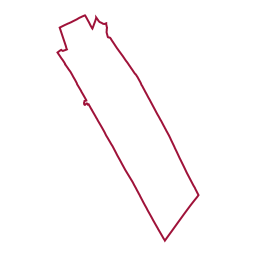 outline of Ulmeni, Buzau, Romania
{"feature_id": "2599482B910434267190", "entity_name": "Ulmeni", "entity_type": "district", "adm_level": 2, "iso_a3": "ROU", "parent_name": "Romania", "parent_adm1": "Buzau", "projection": "mercator", "projection_center": [26.647, 45.069], "detail": "fine", "context": "isolated", "style": "outline", "palette": "rose", "viewbox_px": 256, "rotation_deg": 0, "n_neighbors": 0, "source": "geoboundaries", "source_scale": "gbopen_adm2", "svg_char_len": 3966}
<svg xmlns="http://www.w3.org/2000/svg" viewBox="0 0 256 256"><path d="M168.9,135.3L168.7,135.0L168.2,134.1L167.4,132.6L166.2,130.5L166.1,130.2L165.8,129.7L165.3,128.7L164.9,128.1L164.7,127.6L164.4,127.0L164.0,126.3L163.7,125.8L163.5,125.4L161.1,120.8L160.5,119.9L159.6,118.2L158.4,116.0L157.6,114.7L156.2,112.1L154.9,109.6L150.5,101.4L149.9,100.2L148.7,98.1L148.3,97.4L146.3,93.6L145.4,92.0L144.4,90.1L144.1,89.5L143.3,88.1L142.4,86.3L141.9,85.5L141.4,84.8L141.0,83.6L140.8,83.2L140.6,82.8L140.6,82.7L137.3,76.7L137.0,76.4L136.4,75.3L135.9,74.7L135.5,74.1L135.1,73.9L134.9,73.6L134.5,73.1L133.9,72.2L133.5,71.6L133.3,71.3L133.0,70.9L132.8,70.5L132.2,69.7L131.9,69.2L131.6,68.8L131.4,68.5L131.2,68.2L130.9,67.9L130.8,67.6L130.5,67.2L130.1,66.6L129.7,66.0L129.1,65.2L128.4,64.1L128.0,63.5L127.3,62.5L127.0,62.1L126.7,61.7L126.2,61.1L125.7,60.4L125.0,59.4L124.6,58.8L124.1,58.0L123.6,57.4L123.3,56.8L121.6,54.5L119.7,51.9L118.8,50.7L117.9,49.4L117.2,48.5L115.6,46.1L113.5,42.9L111.8,40.4L110.8,38.7L110.5,38.3L110.2,37.9L109.7,37.6L108.8,37.4L108.3,37.4L108.1,37.3L107.9,37.1L107.7,36.6L107.5,35.8L106.8,33.2L106.6,32.5L106.6,31.6L106.7,30.8L106.8,29.9L106.7,29.8L106.7,29.7L106.7,29.3L106.8,28.9L106.9,28.4L107.0,28.0L107.0,27.6L106.8,27.0L106.5,25.7L106.5,25.4L106.2,24.4L106.2,23.8L106.2,23.3L105.3,23.6L105.2,23.7L105.1,23.8L104.3,24.0L103.1,23.8L101.8,23.0L99.6,22.0L98.8,21.2L97.0,18.6L96.2,17.5L96.2,18.0L95.9,18.8L95.6,19.9L95.2,21.1L94.9,21.9L94.6,22.7L94.0,24.3L93.5,25.7L92.8,27.6L92.4,28.6L92.0,28.1L91.7,27.5L91.4,26.9L90.8,26.0L90.4,25.2L89.8,24.0L89.2,22.8L88.9,22.2L88.5,21.5L88.2,21.0L86.7,18.2L85.1,15.4L84.7,15.4L83.9,15.8L82.9,16.2L82.0,16.6L81.0,17.1L79.4,17.8L77.9,18.7L77.3,19.0L76.8,19.4L76.6,19.5L76.4,19.6L76.1,19.7L75.7,19.9L75.1,20.2L74.8,20.4L74.5,20.5L74.3,20.6L73.9,20.8L73.5,21.0L72.7,21.4L72.3,21.6L72.1,21.7L71.6,22.0L71.2,22.2L70.7,22.4L69.2,23.1L68.7,23.3L67.9,23.6L67.3,23.9L65.8,24.6L64.9,25.0L59.7,27.6L61.3,32.5L65.9,46.2L66.4,48.2L66.7,49.0L66.9,49.4L66.0,49.8L62.9,50.9L62.7,50.9L62.2,50.6L61.4,50.1L61.2,49.9L60.3,50.4L57.5,52.5L58.6,54.2L59.8,55.9L60.9,57.6L61.9,59.0L62.3,59.5L62.6,59.9L64.3,62.5L64.7,63.2L65.1,63.8L65.1,64.5L65.6,64.9L66.6,66.4L67.7,67.9L68.6,69.3L70.4,71.7L70.9,72.6L71.6,73.8L72.1,74.7L72.6,75.6L73.4,77.1L74.1,78.3L73.6,77.4L74.4,78.8L75.0,79.8L75.9,81.5L76.8,83.2L77.2,84.5L77.7,85.2L81.2,91.1L81.2,91.3L81.4,91.7L82.3,93.2L84.6,97.2L86.4,100.4L86.4,100.5L85.9,100.6L84.9,100.9L84.5,101.0L84.2,102.6L84.0,102.9L84.2,104.3L84.6,104.8L85.1,104.8L86.6,103.5L87.3,103.6L87.7,103.9L87.9,104.6L88.7,104.4L89.1,105.2L89.7,106.2L91.7,109.8L91.8,109.8L92.0,110.3L93.1,112.2L95.3,116.0L96.4,118.0L97.0,118.9L97.8,120.5L100.7,125.4L101.8,127.3L103.6,130.5L104.8,132.7L105.4,134.0L106.2,135.6L107.8,138.2L108.3,139.1L108.9,140.1L111.4,144.4L112.5,146.1L116.0,152.8L117.2,155.2L120.0,160.2L121.8,163.6L123.4,166.5L125.3,170.0L132.6,182.0L133.3,183.3L133.7,184.1L134.2,185.1L134.8,186.1L135.2,186.9L135.9,188.1L136.3,188.9L137.0,190.3L138.3,192.6L138.7,193.5L139.5,194.8L140.0,195.9L140.3,196.5L141.1,198.0L141.6,199.0L142.1,199.9L142.8,201.3L144.3,204.1L144.9,205.2L145.8,206.8L146.3,207.7L146.8,208.6L147.3,209.7L147.6,210.2L148.3,211.5L149.1,212.9L150.5,215.4L152.1,218.3L153.0,220.0L153.5,220.9L154.2,222.1L154.7,223.0L155.2,223.9L155.9,225.1L156.0,225.3L156.3,225.8L156.6,226.3L156.8,226.8L157.0,227.0L157.7,228.2L157.9,228.7L158.8,230.2L159.3,231.1L160.0,232.2L160.4,233.0L160.8,233.6L161.4,234.7L161.9,235.5L162.5,236.6L162.9,237.3L163.4,238.2L164.7,240.2L164.9,240.6L168.2,236.0L172.2,230.5L178.6,221.6L184.1,214.0L190.1,205.9L192.5,202.8L194.4,200.4L195.7,198.8L197.4,196.7L198.5,195.1L196.7,191.6L196.1,190.4L195.5,189.3L194.9,187.9L193.4,185.4L186.7,172.6L184.2,167.3L180.8,160.4L179.6,158.0L179.0,156.7L177.0,152.4L175.1,148.5L174.7,147.7L174.6,147.3L173.7,145.4L170.9,139.6L170.2,138.0L169.7,137.0L169.4,136.4L169.2,135.9L169.0,135.6L168.9,135.3Z" fill="none" stroke="#9f1239" stroke-width="2"/></svg>